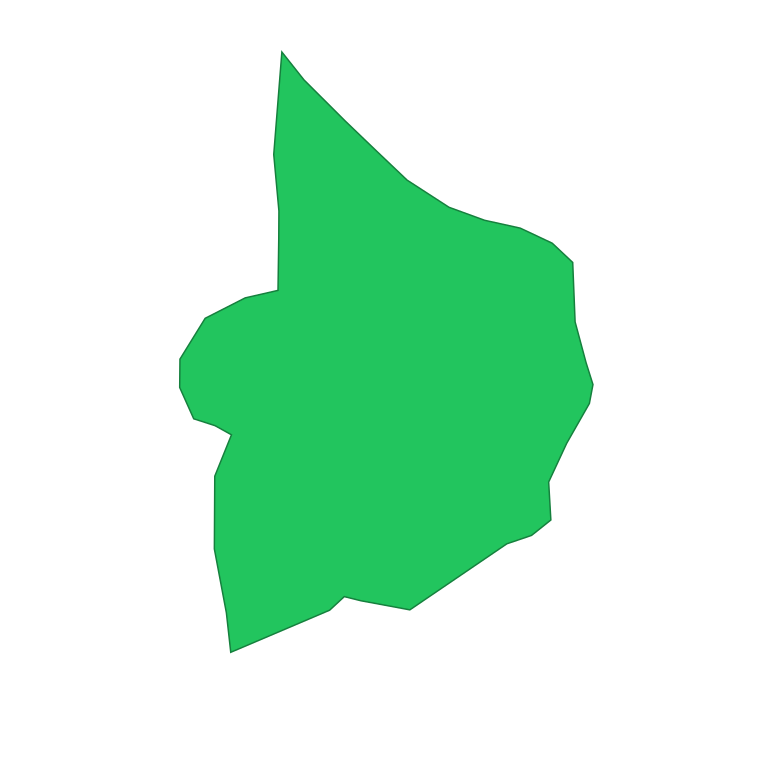 Abtouyour, Guéra, Chad (Equal Earth projection), rotated 194°
{"feature_id": "50815135B86536624745263", "entity_name": "Abtouyour", "entity_type": "district", "adm_level": 2, "iso_a3": "TCD", "parent_name": "Chad", "parent_adm1": "Guéra", "projection": "equal_earth", "projection_center": [18.122, 12.013], "detail": "fine", "context": "isolated", "style": "filled", "palette": "green", "viewbox_px": 768, "rotation_deg": 194, "n_neighbors": 0, "source": "geoboundaries", "source_scale": "gbopen_adm2", "svg_char_len": 673}
<svg xmlns="http://www.w3.org/2000/svg" viewBox="0 0 768 768"><g transform="rotate(194 384 384)"><path d="M353.9,168.1L304.3,171.1L226.1,258.7L204.2,272.8L189.2,292.4L200.5,328.7L200.5,328.8L192.4,370.6L180.0,414.8L181.1,434.0L193.1,453.6L213.6,490.5L230.3,547.6L254.8,561.3L289.5,568.2L326.1,567.2L363.7,571.2L410.9,587.4L447.4,608.1L485.1,629.7L535.2,659.7L563.4,681.4L546.5,580.0L527.8,526.4L521.2,499.2L509.5,449.2L539.5,434.0L573.4,404.5L588.0,358.8L581.4,331.2L560.2,304.2L537.9,302.7L519.7,297.8L525.9,253.6L508.7,182.9L481.6,123.9L467.9,86.9L467.8,86.6L382.0,151.4L371.1,168.1L354.3,168.1L353.9,168.1Z" fill="#22c55e" stroke="#15803d" stroke-width="1.5"/></g></svg>